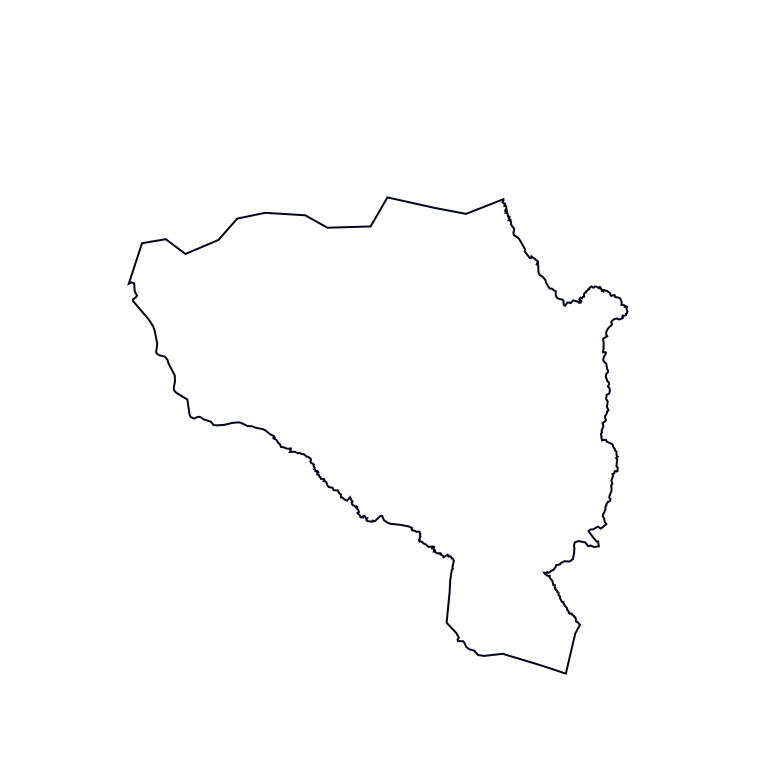 the district of Tempane, Upper East, Ghana, rotated 112°
{"feature_id": "2480657B5704764806917", "entity_name": "Tempane", "entity_type": "district", "adm_level": 2, "iso_a3": "GHA", "parent_name": "Ghana", "parent_adm1": "Upper East", "projection": "orthographic", "projection_center": [-0.066, 10.901], "detail": "fine", "context": "isolated", "style": "outline", "palette": "ink", "viewbox_px": 768, "rotation_deg": 112, "n_neighbors": 0, "source": "geoboundaries", "source_scale": "gbopen_adm2", "svg_char_len": 6166}
<svg xmlns="http://www.w3.org/2000/svg" viewBox="0 0 768 768"><g transform="rotate(112 384 384)"><path d="M386.7,658.2L384.3,655.9L384.3,653.3L391.7,649.7L394.6,646.1L396.5,646.5L399.5,648.5L401.2,647.6L412.4,626.1L417.0,619.7L420.5,616.6L431.6,609.3L439.9,607.2L440.9,606.0L441.5,603.2L440.7,597.4L442.9,593.6L446.0,591.2L454.4,581.2L459.9,578.8L466.3,577.5L468.4,576.4L469.9,573.5L472.1,560.5L485.4,552.7L486.8,551.1L487.3,547.9L486.9,546.8L484.4,544.6L483.5,542.5L483.6,540.5L484.4,538.1L483.8,530.7L485.9,526.4L484.9,523.3L481.6,516.6L476.6,509.6L473.9,504.1L473.6,501.8L474.1,494.8L472.6,490.5L472.6,486.7L471.2,479.1L471.5,476.5L473.2,470.8L473.6,466.3L474.5,465.4L475.3,466.4L475.8,466.2L476.1,462.7L478.5,459.6L478.7,458.2L481.0,455.8L480.1,452.5L480.4,451.0L479.9,448.5L478.6,446.3L479.2,445.9L482.3,445.9L480.2,441.1L480.5,438.0L479.5,436.8L479.8,433.9L479.1,432.2L480.3,428.4L479.9,427.1L480.7,424.1L481.5,423.3L483.6,423.2L484.6,421.5L484.4,420.4L485.0,418.8L486.0,418.9L487.4,417.1L489.1,416.8L489.4,415.6L490.5,414.9L489.6,413.2L489.8,412.5L490.6,411.8L491.1,412.8L492.8,412.0L492.9,410.1L494.1,409.3L494.4,407.9L495.6,407.0L494.6,404.2L495.4,403.2L496.6,403.6L496.4,401.0L499.4,398.2L500.3,396.6L499.4,392.9L501.3,391.1L500.0,386.8L502.1,384.6L502.6,382.6L505.2,381.4L504.9,379.7L505.9,377.4L505.9,374.5L501.6,373.0L503.8,370.8L504.8,369.1L506.2,369.6L507.5,368.5L508.1,367.5L507.9,365.5L508.8,364.2L507.8,363.7L508.0,362.6L509.4,362.8L510.1,361.0L512.0,359.3L513.5,360.3L514.8,357.2L516.4,355.8L515.6,353.5L514.7,354.1L513.6,353.3L513.9,351.8L515.3,350.6L514.8,349.3L516.3,349.4L517.1,349.0L517.2,347.3L516.1,343.4L515.0,343.3L515.1,341.8L514.3,340.9L508.0,338.1L507.0,336.3L510.4,332.9L511.3,328.5L511.1,325.2L508.3,315.5L506.8,307.5L507.0,304.0L508.2,304.0L509.1,303.2L508.6,300.7L508.9,298.5L507.9,296.8L507.8,295.5L508.8,295.2L509.2,294.1L511.1,293.8L511.8,293.1L513.6,293.3L514.4,292.7L515.7,293.1L516.7,291.8L516.1,290.9L516.4,288.8L517.0,288.2L517.1,284.9L518.4,281.9L517.1,279.4L518.1,278.3L516.3,277.8L516.3,276.5L518.8,276.1L518.8,275.1L520.5,275.0L519.8,274.0L520.7,273.6L521.0,270.9L519.8,268.5L519.9,267.9L520.9,267.8L521.1,265.4L522.3,264.0L518.5,261.1L519.3,260.3L519.0,259.8L519.7,259.5L519.0,258.3L519.4,257.0L520.3,255.8L520.1,254.8L521.8,253.0L528.1,251.9L529.4,251.0L531.0,251.5L541.4,249.0L552.7,245.1L581.9,236.5L587.8,223.7L591.1,219.6L593.5,220.0L594.7,219.2L592.9,214.4L593.6,212.9L597.1,208.9L598.0,205.2L597.4,200.4L600.1,195.2L598.6,189.3L589.7,172.9L586.2,134.3L584.4,106.9L543.7,113.2L533.9,112.1L532.3,115.3L532.3,116.8L528.6,119.1L528.7,120.0L527.8,121.4L527.4,123.6L526.5,124.0L527.3,126.0L527.0,126.9L526.3,126.9L525.1,128.6L525.0,129.5L523.4,130.1L521.8,133.3L519.6,135.9L519.0,136.0L519.4,137.3L517.0,140.3L515.1,141.2L514.1,143.4L512.4,143.7L512.0,145.3L511.0,145.8L510.5,147.4L509.8,148.5L509.1,148.5L508.9,149.4L506.6,150.2L506.8,151.8L503.3,154.3L501.7,157.7L499.8,158.4L500.6,159.7L499.7,164.0L499.0,164.8L498.7,162.6L497.2,162.1L497.3,160.4L494.4,158.8L493.1,157.3L489.2,156.3L487.6,156.5L485.3,153.3L483.4,152.7L480.7,150.2L479.1,145.4L475.5,143.2L468.9,144.6L464.3,146.2L462.6,147.4L459.2,147.7L456.7,144.6L455.5,138.1L457.9,134.0L456.4,132.0L456.4,128.1L454.0,124.0L449.8,126.5L450.4,128.1L444.8,137.9L443.5,139.3L441.4,137.9L440.5,135.6L436.1,132.4L436.9,128.8L430.6,125.3L429.1,127.8L426.2,129.5L424.6,131.7L422.9,132.1L420.6,131.7L416.4,131.9L414.9,132.7L413.3,132.3L412.5,132.8L409.3,132.2L408.3,130.8L406.1,130.7L405.1,132.5L404.2,132.9L397.8,133.1L396.0,133.6L393.2,135.4L391.1,134.8L388.5,136.9L383.5,137.2L381.8,138.4L380.7,137.0L379.1,137.4L378.1,137.0L378.1,135.6L377.3,134.9L374.1,136.0L372.9,137.8L366.4,139.5L365.7,141.1L363.8,140.1L363.0,141.6L359.6,143.2L359.2,145.1L358.0,145.3L356.9,147.4L354.2,149.8L354.0,155.8L352.6,157.3L353.2,158.0L353.2,159.2L354.6,160.7L352.0,162.5L351.0,162.5L350.8,163.1L348.8,164.2L347.4,163.7L345.9,164.7L340.8,164.8L338.4,166.7L335.1,164.7L333.9,165.0L332.7,166.3L330.5,166.9L327.9,166.4L325.8,166.8L324.3,166.0L321.6,168.8L316.5,170.0L314.6,172.5L311.3,173.3L310.6,173.4L308.5,171.6L305.9,171.9L303.2,173.5L302.5,175.4L299.8,175.3L298.6,175.8L297.7,177.9L294.2,181.1L290.9,181.7L288.8,180.7L287.3,181.7L286.8,182.5L281.7,185.7L281.3,187.7L279.6,189.8L276.2,190.3L274.0,189.8L271.7,190.0L271.6,191.1L272.7,192.6L272.2,193.2L269.4,193.5L263.7,195.7L260.4,197.6L259.4,197.5L256.1,194.9L255.1,196.4L252.6,197.5L248.6,197.1L244.1,195.1L242.4,195.3L241.9,196.3L240.9,196.6L237.6,194.9L235.9,192.2L236.1,190.1L233.9,187.7L233.0,187.2L232.2,188.3L231.1,188.3L231.0,187.2L229.6,185.5L228.5,186.0L227.2,185.2L225.7,185.5L223.5,187.3L221.4,187.5L221.2,188.2L222.3,189.4L222.2,189.9L221.2,189.9L221.0,191.5L221.7,193.6L219.3,194.1L216.2,197.0L216.1,199.6L216.8,202.0L215.2,203.6L217.1,206.1L216.6,207.5L215.8,207.6L215.0,208.7L214.2,211.9L214.6,215.6L215.8,215.4L215.5,216.4L216.0,216.8L214.2,218.4L214.5,219.8L213.5,219.6L213.1,220.1L214.5,221.8L214.1,223.4L214.7,225.1L215.9,225.4L216.3,226.4L215.8,228.0L217.4,229.4L219.0,229.2L219.4,230.1L220.9,230.2L222.2,231.3L223.4,231.1L224.3,232.0L226.0,232.2L228.0,231.1L228.9,232.4L230.5,232.7L230.3,234.1L230.6,234.4L232.5,234.5L233.1,232.3L234.1,233.2L234.8,232.2L235.7,233.4L235.0,234.9L235.6,239.9L239.1,241.2L239.1,242.8L239.8,244.6L243.7,245.4L243.7,246.3L242.9,247.2L239.3,249.0L238.9,250.0L239.6,254.1L238.9,256.6L236.3,258.6L234.3,259.1L233.6,259.8L233.6,261.6L232.7,263.8L233.4,266.3L229.7,271.3L226.9,273.6L225.1,277.4L224.5,280.6L222.5,282.7L216.2,285.5L215.9,287.3L214.6,287.2L214.5,286.5L212.7,287.2L210.4,295.1L212.0,294.9L212.7,295.8L208.5,303.0L206.0,304.0L198.9,313.0L198.0,315.2L197.3,319.2L195.5,320.6L191.6,321.2L188.6,325.8L185.7,327.2L185.4,329.5L184.3,328.5L183.4,330.4L182.2,330.2L182.2,331.8L181.3,331.8L180.7,332.9L179.1,333.8L179.5,335.1L178.3,334.5L177.3,335.1L178.4,335.7L178.2,336.5L175.1,336.4L173.4,337.4L173.8,339.1L171.4,339.3L171.7,340.4L171.2,342.3L169.2,341.9L167.9,342.5L195.5,371.6L201.8,403.2L209.7,450.7L242.9,455.4L260.3,495.0L257.1,520.3L269.8,558.3L285.6,582.0L312.5,591.5L337.8,616.8L331.5,640.6L344.1,661.1L386.7,658.2Z" fill="none" stroke="#020617" stroke-width="2"/></g></svg>